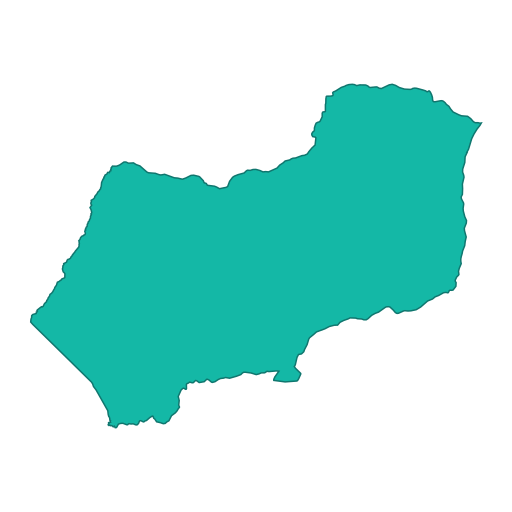 Mecula, Niassa, Mozambique
{"feature_id": "85939544B86519405521682", "entity_name": "Mecula", "entity_type": "district", "adm_level": 2, "iso_a3": "MOZ", "parent_name": "Mozambique", "parent_adm1": "Niassa", "projection": "mercator", "projection_center": [37.409, -11.97], "detail": "fine", "context": "isolated", "style": "filled", "palette": "teal", "viewbox_px": 512, "rotation_deg": 0, "n_neighbors": 0, "source": "geoboundaries", "source_scale": "gbopen_adm2", "svg_char_len": 5980}
<svg xmlns="http://www.w3.org/2000/svg" viewBox="0 0 512 512"><path d="M416.2,309.7L420.7,307.0L427.6,301.0L432.5,299.0L435.2,296.8L438.6,295.5L443.6,292.7L446.0,292.4L447.7,292.8L448.3,292.6L449.2,290.8L450.0,290.2L451.8,290.3L453.1,290.0L455.9,286.3L456.1,282.6L455.3,281.3L455.2,280.2L456.7,277.0L458.5,275.2L458.9,274.5L458.5,271.2L459.3,268.2L461.2,263.7L460.8,261.2L460.8,258.9L461.3,256.4L462.1,253.7L462.6,251.0L464.7,245.7L465.2,241.5L466.2,237.0L464.5,230.7L464.3,228.2L466.3,223.1L466.5,220.5L464.8,216.8L463.3,211.0L463.1,208.4L463.7,204.1L463.5,202.9L461.5,199.0L461.2,197.6L461.2,196.8L462.4,194.4L462.6,188.7L462.4,184.1L464.0,177.2L463.7,175.2L462.6,172.1L462.7,169.1L464.8,162.5L465.1,156.8L467.1,152.5L466.8,152.4L468.5,149.3L471.7,138.7L474.0,134.0L477.1,129.0L480.0,125.3L481.3,123.0L480.1,123.2L478.1,122.7L475.2,122.7L473.4,121.7L470.7,118.6L467.6,116.3L461.5,115.8L458.8,114.8L453.1,112.0L450.6,109.0L448.9,106.3L446.4,104.4L445.1,102.7L443.3,101.2L441.9,100.7L440.3,100.8L434.9,101.8L433.7,101.7L432.7,100.7L432.4,97.3L431.7,95.0L430.4,92.2L429.4,91.0L428.9,90.9L427.6,91.7L426.9,91.7L425.5,90.8L423.0,90.0L416.7,88.3L414.8,88.1L412.8,88.4L411.5,89.2L410.2,89.4L404.5,89.1L399.2,87.5L395.6,85.4L392.2,84.3L389.1,84.9L381.5,88.5L379.1,88.2L377.3,87.1L376.3,86.9L370.1,87.5L369.1,87.1L367.9,86.0L365.7,85.0L359.9,84.9L356.7,85.6L354.4,84.6L352.3,84.3L348.8,84.6L346.2,85.4L344.8,86.2L341.3,87.4L335.6,91.0L333.3,92.0L332.7,92.8L333.1,94.7L332.8,95.6L331.1,96.1L326.7,96.2L326.3,96.5L325.9,98.8L325.8,103.2L325.4,104.6L325.4,111.4L324.8,111.8L323.1,111.9L322.6,112.3L322.2,113.3L322.2,116.8L320.2,121.0L319.5,121.8L317.5,122.4L316.1,123.2L315.2,125.3L314.4,128.0L314.4,130.2L314.0,131.0L312.6,132.2L311.8,133.7L311.8,134.9L312.7,136.6L315.2,137.1L315.9,137.8L315.1,145.0L311.9,148.0L308.9,151.6L307.3,154.0L304.5,155.3L302.0,155.6L295.5,158.0L293.0,158.2L291.2,158.9L289.8,159.9L285.1,161.0L283.2,162.8L279.7,165.1L277.0,168.1L268.5,171.9L265.6,171.6L263.0,171.9L259.9,170.5L255.9,169.4L253.0,169.5L250.2,170.4L247.5,170.2L246.4,170.8L244.1,173.0L238.2,174.6L234.4,176.1L232.6,177.3L229.6,181.3L227.7,186.4L226.4,187.3L219.5,188.7L216.7,187.1L214.5,186.2L207.6,185.3L207.2,185.0L206.3,183.5L204.1,182.7L203.3,180.7L199.7,176.9L198.8,176.4L193.7,175.2L191.0,175.4L185.8,178.0L182.4,179.2L177.7,178.1L174.3,177.8L164.6,174.3L160.8,175.0L158.9,174.6L155.3,173.3L148.7,172.8L147.3,172.3L146.4,171.6L139.9,165.9L136.2,164.6L133.5,162.9L128.5,163.2L125.9,162.0L124.0,162.0L119.6,165.0L117.4,165.9L116.2,166.2L112.5,166.1L111.9,166.8L111.4,168.0L111.0,168.1L111.2,168.9L110.7,169.7L110.9,170.7L109.8,171.2L109.4,172.6L108.0,172.3L107.6,172.5L106.9,174.0L105.0,175.1L104.4,176.9L103.9,177.1L103.7,178.6L103.2,178.9L101.6,182.5L101.2,186.5L100.6,188.1L100.6,188.9L99.8,189.7L99.2,190.8L97.7,192.2L97.2,193.5L94.8,196.4L94.6,197.6L93.6,198.9L91.2,200.3L91.2,201.1L91.5,201.8L90.8,203.0L91.0,204.1L91.7,205.1L90.0,207.6L91.0,209.5L91.7,212.3L91.7,212.8L90.9,214.0L91.4,214.7L90.5,216.2L90.4,218.4L89.6,219.4L89.3,220.8L88.1,222.1L88.0,223.4L87.3,224.2L87.1,226.5L86.2,227.2L85.8,228.6L85.3,229.2L85.7,230.0L85.1,230.5L84.8,231.4L85.4,233.1L85.1,234.4L84.6,234.9L83.9,235.0L83.3,235.7L81.9,236.2L80.6,237.6L80.0,239.4L78.8,240.8L79.2,241.7L79.1,242.4L79.4,243.4L79.0,244.2L79.2,244.9L78.8,247.0L75.1,251.4L74.6,252.5L73.4,253.5L73.0,254.6L72.5,254.8L71.8,256.2L71.0,256.9L70.5,258.2L68.8,259.3L68.1,259.3L67.2,260.1L66.5,262.2L63.7,263.6L63.9,264.5L62.9,265.9L62.8,267.9L62.4,268.9L63.2,271.8L64.2,272.7L64.9,273.8L64.8,277.5L64.6,277.8L61.8,279.0L61.0,280.2L60.4,280.4L59.1,281.5L57.4,282.2L56.4,285.3L54.9,287.3L54.4,288.9L53.3,290.5L53.1,291.3L51.6,293.2L50.0,294.4L49.5,296.1L48.1,298.0L47.8,299.2L46.8,300.4L46.4,301.8L44.5,303.6L43.1,306.4L42.1,306.9L41.6,306.7L40.5,307.4L37.4,309.9L37.0,310.4L37.4,311.2L36.9,312.0L36.4,312.0L36.2,313.5L32.8,314.5L31.7,315.6L31.6,317.6L31.0,319.1L30.7,322.0L32.8,324.4L91.4,382.0L92.6,383.8L93.5,386.5L96.0,389.8L107.8,410.7L108.2,414.4L108.7,416.3L109.3,417.1L109.7,418.3L109.9,420.3L110.5,420.7L110.2,421.6L110.5,422.3L108.6,422.6L108.5,422.9L108.9,423.5L108.6,423.9L108.6,424.4L108.2,424.6L108.2,424.9L108.9,425.5L110.0,425.2L110.5,425.7L111.4,425.6L112.5,426.0L113.0,426.7L113.5,426.8L114.3,426.2L115.2,427.7L116.3,427.6L116.8,427.1L118.4,424.1L120.7,423.4L122.9,423.3L126.9,424.8L127.7,424.7L128.5,423.8L129.0,423.7L131.2,424.0L133.2,423.8L135.6,424.8L136.8,424.9L137.5,424.6L138.7,423.1L139.2,421.6L139.8,420.8L140.9,420.7L143.3,421.9L144.0,421.8L145.1,420.9L146.5,420.5L149.9,417.5L152.3,416.1L153.0,416.3L153.7,418.2L154.9,419.2L156.6,421.8L160.5,422.7L163.3,423.7L165.2,423.4L167.0,421.8L168.9,420.8L171.5,415.7L175.4,412.8L177.1,410.8L178.3,408.7L179.4,407.4L179.4,406.8L178.7,405.2L179.2,400.5L178.2,396.5L181.1,390.0L182.8,388.4L183.4,388.2L184.2,388.4L185.5,389.3L186.2,389.2L186.5,388.6L186.4,384.3L187.0,383.6L188.1,383.2L189.7,382.1L192.2,382.8L193.4,382.6L195.5,380.5L196.6,380.7L199.1,382.5L199.5,382.5L204.2,381.7L206.7,379.3L207.5,379.3L209.0,380.0L211.4,382.1L212.4,382.4L215.0,381.7L218.1,379.6L220.5,378.5L223.7,378.1L225.5,377.5L229.6,378.2L236.6,376.2L240.8,374.6L242.3,373.1L243.6,372.3L245.1,372.2L251.1,373.0L256.2,374.6L259.0,373.9L261.2,372.9L264.7,372.8L267.0,371.3L269.0,371.6L276.3,370.9L278.9,371.2L274.8,377.0L273.8,379.3L273.8,380.4L285.1,381.9L296.9,381.0L297.6,380.5L298.7,378.7L300.8,373.9L300.6,373.3L295.5,368.3L294.3,366.6L295.3,364.8L297.0,357.4L298.5,354.5L301.5,353.9L303.8,351.7L304.5,349.6L307.1,344.6L308.7,339.2L309.6,337.7L313.7,334.4L316.5,331.9L324.9,328.8L329.3,326.5L334.4,325.2L337.6,325.1L340.0,322.3L343.8,320.4L348.1,318.9L350.0,317.9L355.8,318.1L357.3,318.7L361.7,319.0L363.9,319.8L366.2,319.8L368.0,318.7L371.7,315.3L375.1,313.4L378.6,312.1L385.2,307.4L386.5,306.8L388.8,306.7L389.9,307.0L393.2,310.0L395.4,312.6L396.7,313.3L397.6,313.4L398.6,313.2L403.7,310.9L404.8,310.7L408.0,311.0L411.0,310.8L416.2,309.7Z" fill="#14b8a6" stroke="#0f766e" stroke-width="1.5"/></svg>